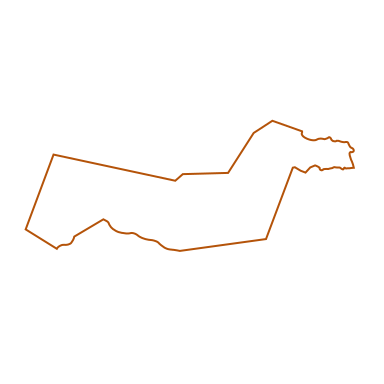 Dulce Nombre, Copán, Honduras (Equal Earth projection), rotated 289°
{"feature_id": "27666195B52269528402042", "entity_name": "Dulce Nombre", "entity_type": "district", "adm_level": 2, "iso_a3": "HND", "parent_name": "Honduras", "parent_adm1": "Copán", "projection": "equal_earth", "projection_center": [-88.827, 14.864], "detail": "fine", "context": "isolated", "style": "outline", "palette": "amber", "viewbox_px": 384, "rotation_deg": 289, "n_neighbors": 0, "source": "geoboundaries", "source_scale": "gbopen_adm2", "svg_char_len": 5689}
<svg xmlns="http://www.w3.org/2000/svg" viewBox="0 0 384 384"><g transform="rotate(289 192 192)"><path d="M285.5,244.8L267.9,231.1L221.8,219.9L205.9,177.5L197.2,172.5L182.3,48.9L102.5,46.9L94.3,82.7L94.8,82.8L95.1,82.8L95.5,83.0L96.0,83.2L96.7,83.6L97.4,84.1L97.9,84.5L98.4,85.0L98.8,85.4L99.0,85.7L99.3,86.0L99.6,86.4L99.8,86.8L100.1,87.4L100.2,87.7L100.4,88.2L100.5,88.5L100.7,89.2L100.9,89.8L101.2,90.5L101.5,91.1L101.7,91.4L101.9,91.8L102.3,92.4L102.8,92.9L103.2,93.4L103.4,93.6L103.6,93.7L103.9,94.0L104.1,94.1L104.3,94.2L104.5,94.3L105.9,94.7L106.8,94.9L107.6,95.1L108.0,95.2L108.6,95.2L109.2,95.3L110.3,95.3L111.5,95.2L137.3,117.1L137.1,118.3L137.0,119.0L136.8,120.2L136.6,121.3L136.5,121.6L136.4,121.9L136.2,122.3L136.0,122.7L135.6,123.2L135.4,123.4L135.0,123.7L134.5,124.2L134.0,124.7L133.5,125.3L133.1,125.9L132.6,126.5L132.3,127.0L132.0,127.6L131.7,128.3L131.5,128.8L131.2,129.4L131.1,130.1L130.7,131.6L130.4,133.0L130.3,133.6L130.3,133.8L130.3,134.3L130.2,135.1L130.2,135.8L130.3,136.3L130.3,136.8L130.4,137.6L130.5,138.9L130.8,140.2L130.9,140.9L131.2,142.3L131.3,143.0L131.6,143.9L131.8,144.6L132.0,145.2L132.3,145.8L132.5,146.2L132.8,146.8L133.1,147.3L133.4,147.7L133.5,148.0L133.7,148.5L133.8,149.0L133.9,149.6L134.0,150.2L134.0,150.8L134.0,151.5L134.0,152.0L133.9,152.6L133.8,153.1L133.7,153.6L133.6,154.0L133.2,155.2L133.0,155.6L132.9,156.1L132.7,156.8L132.6,157.5L132.5,158.2L132.4,158.9L132.3,159.7L132.3,160.4L132.3,160.9L132.3,163.0L132.4,164.1L132.5,164.8L132.6,165.6L132.7,166.4L132.8,166.9L133.1,168.2L133.3,169.1L133.5,170.0L133.6,170.9L133.7,171.8L133.7,172.3L133.7,173.0L133.7,174.0L133.7,174.7L133.6,174.9L133.6,175.2L133.5,175.7L133.4,176.0L133.3,176.4L133.2,176.7L133.0,177.1L132.6,177.8L132.4,178.2L132.2,178.8L132.0,179.2L131.6,180.3L131.4,181.0L131.0,182.2L130.8,183.1L130.6,183.5L130.5,183.9L130.4,184.6L130.3,185.0L130.3,185.6L130.2,186.2L130.2,186.6L130.2,187.2L130.2,187.9L130.3,188.5L130.4,189.3L130.6,190.4L130.8,191.1L131.1,192.6L131.3,193.3L131.6,194.9L132.0,197.2L132.2,198.7L132.3,199.2L132.3,199.6L171.6,277.3L247.8,279.4L248.9,281.2L247.5,287.8L247.3,293.0L253.7,295.8L257.2,299.7L257.2,300.4L257.2,301.0L257.1,301.5L257.1,302.1L257.0,302.6L256.9,303.2L256.6,304.4L256.5,304.6L256.4,304.8L256.2,304.9L255.9,305.0L255.7,305.0L255.3,305.4L255.1,305.6L254.9,305.9L254.8,306.1L254.8,306.3L254.7,306.4L254.7,306.6L254.7,306.8L254.7,307.0L254.7,307.3L254.8,307.4L254.8,307.6L254.9,307.8L255.1,308.1L255.3,308.3L255.5,308.5L255.8,308.6L256.1,308.7L256.3,308.8L256.4,309.0L256.6,309.3L256.7,309.6L257.1,310.3L257.2,310.7L257.6,311.6L257.7,312.1L258.0,312.9L258.0,313.1L258.1,313.4L258.3,313.6L258.5,313.9L259.0,314.6L259.3,315.1L259.6,315.6L260.1,316.5L260.3,316.8L260.4,317.0L260.5,317.1L260.9,317.4L261.2,317.6L261.5,318.0L261.7,318.3L261.8,318.4L261.8,318.6L261.9,318.9L262.1,320.0L262.4,321.4L262.5,321.7L262.7,322.0L262.8,322.4L262.9,322.7L263.1,323.3L263.2,323.7L263.2,323.9L263.1,324.2L262.8,325.3L262.6,325.9L262.5,326.5L262.5,327.0L262.5,327.4L262.6,327.5L262.8,327.7L262.9,327.8L263.0,327.8L263.5,327.8L263.9,327.9L264.2,328.0L264.4,328.1L264.5,328.2L264.6,328.3L264.7,328.5L264.6,328.9L264.5,329.1L264.4,329.2L264.4,329.3L264.4,329.6L264.4,329.9L264.4,330.0L265.0,331.2L265.2,331.8L265.6,332.8L265.7,333.1L266.4,334.5L266.8,335.3L267.6,337.1L268.2,336.7L268.8,336.3L269.9,335.6L270.4,335.3L271.0,334.8L272.5,333.6L273.3,332.9L274.4,331.8L275.0,331.4L275.5,331.0L277.2,329.8L277.7,329.4L278.4,329.0L279.1,328.7L279.4,328.5L279.6,328.5L280.0,328.4L280.5,328.4L280.8,328.5L281.0,328.6L281.2,328.8L281.3,328.9L281.5,329.1L281.5,329.4L281.6,329.8L281.6,330.0L281.8,330.3L282.0,330.6L282.1,330.8L282.3,331.0L282.5,331.2L282.8,331.4L283.0,331.5L283.3,331.5L283.5,331.5L283.9,331.4L284.0,331.4L284.3,331.2L284.5,331.1L284.8,330.8L284.9,330.7L285.0,330.6L285.2,330.3L285.3,330.1L285.4,329.9L285.5,329.7L285.6,329.3L285.6,328.9L285.7,328.5L285.7,328.3L285.7,328.1L285.8,327.8L285.9,327.4L286.0,327.3L286.1,327.0L286.2,326.8L286.4,326.6L286.5,326.4L287.8,325.0L288.3,324.5L288.7,324.2L289.1,323.8L289.4,323.5L289.5,323.3L289.6,323.1L289.7,322.9L289.7,322.7L289.7,322.3L289.6,321.8L289.5,321.5L289.4,321.2L289.2,320.8L289.0,320.5L288.9,320.3L288.8,320.1L288.7,319.8L288.6,319.6L288.5,319.1L288.3,318.2L288.2,317.3L288.1,316.8L288.1,316.2L288.1,315.8L288.1,315.5L288.1,314.4L288.1,314.0L288.0,313.6L287.9,313.3L287.7,312.7L287.6,312.2L287.3,312.0L287.1,311.8L287.0,311.6L286.7,311.3L286.6,311.1L286.5,310.9L286.4,310.5L286.3,310.0L286.2,309.5L286.2,309.0L286.1,308.8L286.2,308.6L286.2,308.3L286.4,307.8L286.5,307.4L286.7,307.1L286.9,306.7L287.1,306.5L287.5,306.2L287.9,305.8L288.1,305.5L288.2,305.3L288.3,305.0L288.4,304.8L288.4,304.5L288.5,304.4L288.5,304.1L288.4,304.0L288.4,303.8L288.3,303.6L288.2,303.5L288.1,303.4L287.9,303.3L287.4,302.9L287.1,302.7L286.8,302.4L286.5,302.0L286.2,301.6L285.8,301.2L285.5,300.8L285.1,300.1L285.0,299.3L284.9,298.6L284.8,297.9L284.7,297.5L284.6,297.0L284.5,296.5L284.3,296.0L284.1,295.6L283.9,295.2L283.7,294.8L283.5,294.4L283.2,294.0L283.0,293.8L282.7,293.5L282.5,293.2L282.0,292.8L281.8,292.6L281.6,292.3L281.4,292.0L281.1,291.6L281.0,291.3L280.8,290.9L280.6,290.5L280.5,290.1L280.3,289.6L280.2,289.0L280.1,288.5L280.0,288.0L279.9,287.6L279.9,287.0L279.8,286.4L279.8,285.8L279.8,285.1L279.8,284.2L279.8,283.6L279.9,283.1L279.9,282.7L280.0,282.2L280.1,281.7L280.1,281.3L280.3,280.6L280.4,280.2L280.5,279.8L280.7,279.4L280.8,278.9L281.0,278.7L281.2,278.3L281.3,278.1L281.5,277.9L281.7,277.6L281.9,277.4L282.0,277.3L282.2,277.1L282.4,277.0L282.6,276.9L282.9,276.8L283.1,276.7L283.4,276.7L283.9,276.7L284.1,276.7L284.5,276.6L284.9,276.4L285.2,276.3L285.5,244.8Z" fill="none" stroke="#b45309" stroke-width="2"/></g></svg>